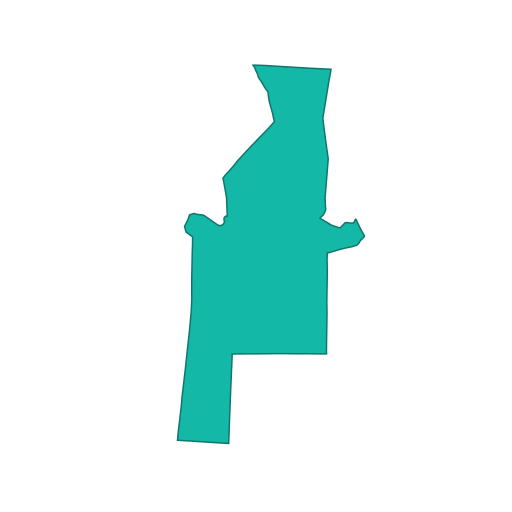 the district of Al Mayadin, Dayr Az Zawr, Syria, rotated 306°
{"feature_id": "27442178B96470480022323", "entity_name": "Al Mayadin", "entity_type": "district", "adm_level": 2, "iso_a3": "SYR", "parent_name": "Syria", "parent_adm1": "Dayr Az Zawr", "projection": "albers", "projection_center": [40.466, 34.927], "detail": "fine", "context": "isolated", "style": "filled", "palette": "teal", "viewbox_px": 512, "rotation_deg": 306, "n_neighbors": 0, "source": "geoboundaries", "source_scale": "gbopen_adm2", "svg_char_len": 3236}
<svg xmlns="http://www.w3.org/2000/svg" viewBox="0 0 512 512"><g transform="rotate(306 256 256)"><path d="M88.3,344.1L110.1,329.4L136.3,311.9L159.7,296.4L162.6,294.4L163.6,295.6L166.3,299.1L178.0,315.1L187.6,328.0L194.5,337.5L202.4,348.6L206.4,354.0L217.1,369.1L218.3,370.6L221.3,368.3L233.9,359.4L239.5,355.5L252.1,346.6L253.3,345.7L260.3,340.4L285.1,323.0L295.7,315.0L299.7,312.5L300.7,311.8L301.7,313.2L310.9,320.2L314.2,323.0L320.3,328.5L324.3,331.4L326.2,331.6L326.9,331.7L329.7,331.4L331.7,331.8L333.8,332.1L335.5,332.2L336.1,331.8L338.0,327.5L340.0,323.5L342.7,318.4L344.0,316.2L344.3,315.8L344.2,314.9L342.0,315.3L339.9,315.5L338.2,313.2L336.9,310.7L335.5,308.6L331.4,308.0L328.2,307.5L326.9,304.3L324.8,296.9L325.2,296.8L324.1,285.6L324.6,285.5L326.3,285.8L328.4,286.3L331.2,286.0L333.4,285.5L334.8,285.0L337.3,282.7L340.9,279.9L342.1,279.0L341.9,278.8L377.1,257.3L387.1,247.6L400.9,234.5L405.6,230.2L406.7,229.1L414.5,225.2L439.3,212.7L446.4,209.3L449.7,207.7L451.2,206.9L442.1,193.1L438.3,187.2L426.8,169.2L415.3,151.1L408.9,141.7L408.6,141.4L407.8,144.1L406.4,146.0L405.3,148.0L404.0,150.4L402.4,152.3L401.4,154.2L400.5,157.0L398.9,160.8L397.5,163.9L397.0,165.3L396.3,167.5L396.0,169.0L392.6,172.1L389.0,175.7L385.3,180.3L380.6,186.2L378.4,188.5L375.6,191.9L367.1,191.1L352.8,189.0L336.4,186.8L322.9,185.2L315.1,184.8L310.2,184.4L307.7,184.2L303.3,183.6L299.7,183.5L286.2,197.6L271.4,209.3L271.4,209.2L271.2,209.0L271.2,208.9L271.0,208.7L270.9,208.7L270.7,208.5L270.6,208.4L270.4,208.3L270.4,208.2L270.2,208.2L269.9,208.0L269.8,207.9L269.7,207.9L269.4,207.8L269.2,207.8L268.9,207.8L268.7,207.8L268.4,207.8L268.2,207.9L267.9,208.0L267.7,208.0L267.4,208.2L267.2,208.3L266.9,208.5L266.7,208.6L266.6,208.8L266.4,208.9L266.4,209.0L266.2,209.1L266.1,209.3L266.0,209.5L265.9,209.5L265.7,209.8L265.5,210.0L265.4,210.0L265.2,210.2L265.2,210.3L264.9,210.4L264.7,210.5L264.4,210.6L264.2,210.6L263.9,210.7L263.7,210.7L263.5,210.8L263.4,210.8L263.2,210.8L262.9,210.8L262.7,210.8L262.6,210.7L262.4,210.7L262.2,210.7L261.9,210.6L261.7,210.6L261.4,210.4L261.2,210.4L260.9,210.2L260.7,210.1L260.5,209.9L260.4,209.9L260.2,209.7L259.9,209.5L259.8,209.4L259.7,209.3L259.6,209.2L259.4,208.9L259.3,208.7L259.2,208.7L259.1,208.4L259.0,208.2L258.9,208.1L258.8,207.9L258.8,207.7L258.7,207.7L258.7,207.4L258.6,207.2L258.5,201.9L258.3,190.8L258.3,190.7L258.2,190.5L258.2,190.4L258.2,190.2L258.1,189.9L258.1,189.7L258.0,189.4L257.9,189.2L257.8,188.9L257.8,188.7L257.7,188.7L257.7,188.4L257.5,188.2L257.4,188.0L257.3,187.9L257.2,187.8L257.2,187.7L257.0,187.4L256.9,187.3L256.9,187.2L256.7,186.9L256.6,186.7L256.4,186.4L256.3,186.2L256.2,186.0L256.1,185.9L256.1,185.7L255.9,185.5L255.9,185.4L255.7,185.2L255.6,184.9L255.5,184.7L255.4,184.4L255.3,184.2L255.2,184.0L255.1,183.8L255.1,183.7L254.9,183.3L254.8,183.1L254.7,182.9L254.6,182.7L254.5,182.4L254.4,182.2L254.3,181.9L254.2,181.7L254.1,181.4L254.1,181.2L254.0,180.9L253.9,180.8L253.9,180.7L250.1,178.0L245.3,179.6L237.9,180.8L234.3,185.3L234.2,190.7L234.3,192.3L234.0,193.6L228.7,197.4L221.3,202.4L199.8,217.4L183.6,229.2L173.7,235.8L156.8,245.9L130.9,260.7L123.5,265.0L98.7,278.9L89.6,284.4L69.4,295.7L63.6,299.1L60.8,300.8L88.3,344.1Z" fill="#14b8a6" stroke="#0f766e" stroke-width="1.5"/></g></svg>